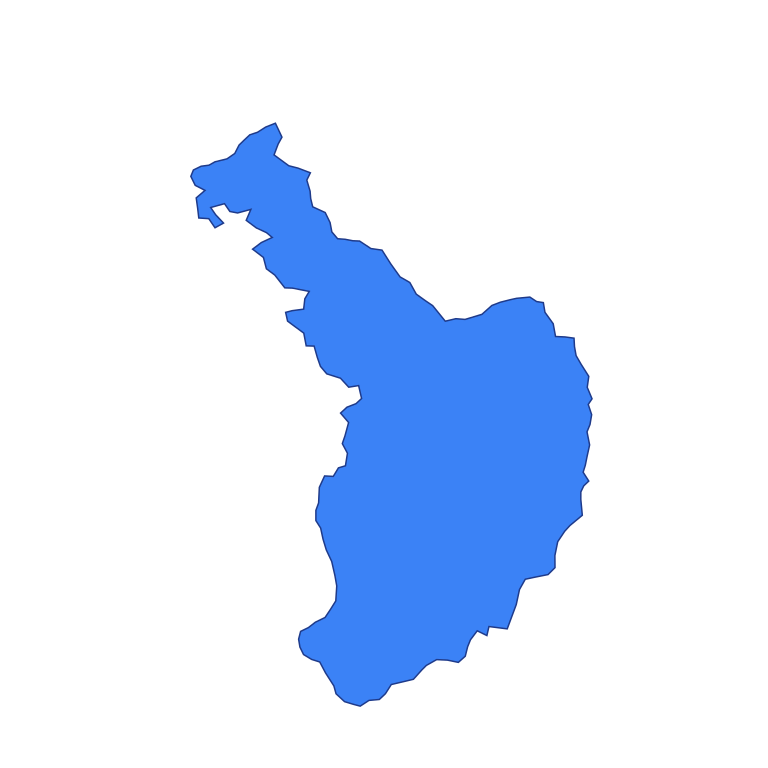 outline of Enéas Marques, Paraná, Brazil, rotated 334°
{"feature_id": "56859067B67045600360452", "entity_name": "Enéas Marques", "entity_type": "district", "adm_level": 2, "iso_a3": "BRA", "parent_name": "Brazil", "parent_adm1": "Paraná", "projection": "natural_earth1", "projection_center": [-53.161, -25.883], "detail": "fine", "context": "isolated", "style": "filled", "palette": "blue", "viewbox_px": 768, "rotation_deg": 334, "n_neighbors": 0, "source": "geoboundaries", "source_scale": "gbopen_adm2", "svg_char_len": 2367}
<svg xmlns="http://www.w3.org/2000/svg" viewBox="0 0 768 768"><g transform="rotate(334 384 384)"><path d="M400.7,102.0L390.3,101.2L380.6,102.3L372.7,101.2L365.8,103.3L358.5,105.7L350.9,111.4L341.5,112.8L329.5,110.2L322.6,110.6L315.1,108.1L306.5,108.1L301.4,112.7L301.4,122.7L308.0,131.5L296.8,134.4L293.4,144.8L290.3,153.6L299.0,158.6L300.6,169.5L310.3,169.0L306.9,158.1L305.6,149.4L319.7,152.0L321.1,161.4L327.4,166.1L340.9,168.7L331.9,176.5L337.7,187.8L344.7,196.4L347.8,203.3L335.7,203.1L325.0,205.2L331.1,217.4L328.8,228.9L333.6,238.2L337.0,254.1L343.6,257.6L357.4,268.0L350.2,272.7L344.6,281.5L333.5,277.8L327.0,276.5L324.9,285.2L329.7,294.5L334.2,303.1L330.8,315.6L337.8,319.3L335.7,331.0L334.6,340.3L337.0,349.8L347.4,359.7L350.9,371.4L360.5,374.3L357.5,387.2L350.2,389.4L340.5,388.6L332.2,391.1L335.3,403.1L326.2,413.5L320.4,419.3L320.8,430.2L313.5,440.6L306.3,439.4L297.9,444.8L290.3,440.6L280.6,448.5L273.1,462.2L267.4,467.7L262.9,476.9L263.9,485.7L261.2,496.7L259.4,507.8L259.2,520.6L255.9,534.7L253.0,544.8L245.6,557.8L237.1,563.1L228.7,568.0L217.9,568.0L209.3,569.8L200.6,569.8L195.4,575.9L193.1,583.6L193.1,591.9L198.2,599.8L204.4,605.7L204.8,618.0L206.6,633.4L205.1,641.4L209.3,652.2L216.2,658.6L221.4,663.1L231.8,661.8L241.5,665.5L249.5,663.0L258.8,657.3L271.6,660.2L281.0,662.3L292.6,657.6L298.7,655.5L310.5,654.8L320.0,660.0L328.8,666.8L337.7,664.3L344.0,656.8L349.6,651.8L359.6,646.7L366.2,655.2L372.0,648.0L381.0,653.9L387.4,658.1L406.2,640.2L415.7,628.1L425.4,621.4L435.0,623.8L447.9,627.2L457.2,624.0L462.4,613.1L471.0,601.9L481.8,595.6L489.1,592.7L504.7,588.9L510.3,574.0L513.6,567.3L518.9,563.1L525.5,561.0L524.3,550.6L529.3,545.3L534.8,538.1L542.1,528.9L545.5,516.0L551.4,510.7L557.2,502.6L558.6,491.9L564.5,488.5L565.2,476.1L571.4,466.9L569.8,452.6L569.1,442.7L571.6,433.9L574.9,426.1L567.4,421.1L559.0,416.5L562.5,404.0L560.1,390.1L562.9,380.7L557.3,376.8L553.2,369.8L540.7,365.1L534.5,363.6L524.5,361.5L515.4,360.7L502.6,364.3L485.2,361.5L477.2,356.8L466.6,354.4L462.1,334.9L457.9,327.6L452.4,317.4L451.7,304.1L445.4,294.8L442.7,278.9L440.9,262.8L431.6,256.5L424.7,244.8L418.8,241.6L412.5,236.9L406.0,233.1L403.8,224.4L406.3,215.3L406.3,204.1L397.6,193.5L399.4,185.2L402.1,178.3L404.0,166.9L410.4,161.9L401.4,152.3L394.1,146.1L385.6,129.9L394.1,121.9L400.5,117.4L400.7,102.0Z" fill="#3b82f6" stroke="#1e3a8a" stroke-width="1.5"/></g></svg>